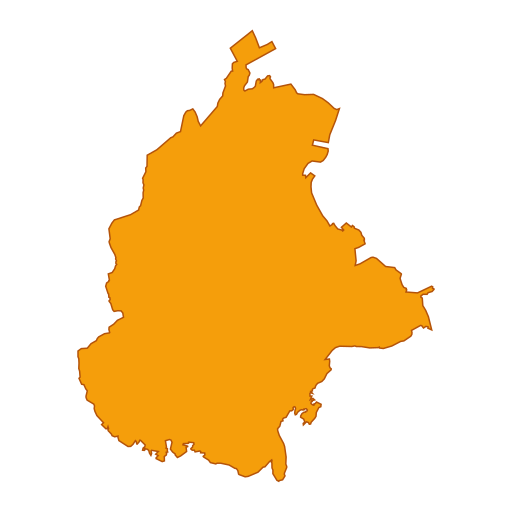 the district of RUS, Salaj, Romania
{"feature_id": "2599482B70770862505186", "entity_name": "RUS", "entity_type": "district", "adm_level": 2, "iso_a3": "ROU", "parent_name": "Romania", "parent_adm1": "Salaj", "projection": "mercator", "projection_center": [23.568, 47.278], "detail": "fine", "context": "isolated", "style": "filled", "palette": "amber", "viewbox_px": 512, "rotation_deg": 0, "n_neighbors": 0, "source": "geoboundaries", "source_scale": "gbopen_adm2", "svg_char_len": 6044}
<svg xmlns="http://www.w3.org/2000/svg" viewBox="0 0 512 512"><path d="M278.8,481.3L279.2,480.6L282.6,479.8L285.0,475.9L284.3,474.2L284.5,472.9L286.7,467.5L286.7,466.4L285.8,464.1L286.1,457.0L284.6,446.5L283.6,443.5L279.3,435.5L277.7,430.7L277.6,428.7L279.8,426.2L281.0,421.5L283.0,420.8L282.6,419.2L283.5,418.1L286.1,417.3L289.8,410.9L291.7,410.8L293.2,409.6L293.1,407.5L294.2,406.7L295.3,407.2L295.6,408.9L295.1,409.9L294.7,413.1L295.3,414.8L296.5,414.3L297.5,412.4L299.9,410.3L301.5,409.7L302.9,410.0L303.5,409.3L304.0,409.8L304.9,408.8L306.3,408.7L307.4,410.0L307.2,410.8L305.6,411.5L305.6,412.1L303.8,412.3L302.0,413.6L300.7,415.9L300.6,417.2L303.7,419.1L304.8,422.1L303.2,423.4L303.4,424.9L306.5,421.8L308.5,422.6L309.3,424.2L310.6,424.0L311.2,422.2L314.7,418.4L316.0,416.3L316.3,412.5L318.8,407.6L320.8,406.7L321.1,404.3L316.5,402.0L315.3,403.5L313.8,404.1L314.1,404.9L313.3,405.2L311.7,404.2L310.9,403.3L311.3,401.7L312.1,401.5L311.9,400.8L314.6,399.9L312.9,398.4L310.3,399.7L311.8,396.1L310.0,396.1L309.9,393.4L310.5,392.7L312.4,393.3L310.8,391.4L312.4,390.9L312.3,389.6L313.0,388.7L315.0,388.0L315.8,385.5L317.6,383.3L321.8,381.5L324.3,378.9L326.9,373.6L331.1,369.8L331.2,368.8L330.0,367.8L329.3,365.8L329.7,361.3L329.4,359.0L325.1,359.5L332.2,350.4L335.5,347.6L339.6,346.2L351.8,346.5L354.9,345.9L356.3,346.5L361.6,346.6L369.7,347.9L378.4,347.6L379.2,347.1L379.5,348.0L383.3,348.5L391.8,346.0L400.7,341.4L403.9,340.9L410.8,336.2L411.8,334.5L412.0,332.7L411.5,330.4L420.6,325.4L421.7,325.7L423.5,328.0L425.9,326.4L427.8,326.7L428.2,327.0L427.9,328.2L431.7,329.9L428.4,316.7L425.7,310.4L422.8,305.6L422.3,298.5L421.9,297.6L421.0,297.4L420.8,296.1L423.0,294.3L427.1,294.3L428.1,292.7L432.1,291.5L434.0,289.4L433.9,288.8L432.5,288.3L432.7,286.8L431.6,286.2L417.5,292.9L406.0,292.0L406.7,289.9L406.2,289.6L406.3,288.4L403.8,287.4L402.1,284.7L400.6,280.2L400.1,278.3L401.4,274.1L401.2,273.7L396.0,269.9L394.7,267.6L385.6,266.5L376.5,258.4L373.0,257.2L371.1,257.5L360.1,263.8L355.2,265.5L356.1,260.8L354.9,248.7L358.7,247.4L365.1,243.8L363.9,240.2L364.4,240.0L364.3,238.3L361.8,235.3L360.9,232.3L358.8,230.0L354.4,228.2L354.1,226.7L352.4,225.5L351.4,227.0L346.3,223.0L341.4,227.3L343.7,230.0L342.7,231.0L341.7,230.0L337.8,229.0L335.0,225.6L333.7,223.3L332.5,223.6L332.4,224.4L329.9,226.0L327.0,220.9L322.7,215.8L316.7,205.1L311.6,192.9L311.0,186.9L311.2,182.4L312.5,179.1L314.8,175.9L310.6,172.9L305.8,177.7L305.5,175.3L302.7,175.2L302.7,173.5L304.2,168.7L308.0,163.4L312.1,161.0L320.5,162.1L323.2,160.5L325.7,157.3L327.2,154.5L328.2,151.1L328.0,148.7L312.4,145.2L313.7,139.9L328.3,142.6L329.8,134.7L335.6,120.4L339.4,108.6L336.8,109.6L334.1,108.4L328.3,102.9L322.5,98.6L313.6,94.4L304.6,94.7L297.8,93.8L296.6,92.8L295.2,89.8L290.9,84.1L273.7,87.8L273.6,84.5L272.9,82.7L270.1,78.8L269.9,77.9L270.5,76.9L269.6,75.6L267.6,75.9L265.0,79.1L262.9,79.6L261.9,81.4L260.3,82.6L260.6,80.0L259.0,79.9L259.1,78.9L257.7,79.2L256.3,81.0L255.3,86.3L254.0,87.6L252.3,88.8L248.3,89.2L244.9,91.0L244.2,90.5L243.8,90.0L243.7,87.9L244.5,85.8L247.4,82.0L248.2,76.7L249.3,75.2L249.9,73.0L248.2,69.6L246.7,68.9L246.1,67.7L246.0,64.9L275.6,48.6L271.9,41.6L267.2,44.5L259.4,47.8L255.7,38.0L252.3,30.7L230.3,48.2L237.3,61.3L233.8,62.4L232.4,63.8L232.2,68.1L232.6,71.1L231.2,71.2L226.3,78.4L224.5,79.5L225.4,81.5L225.0,83.3L225.5,86.0L222.9,93.0L222.7,95.9L219.7,99.3L217.9,103.0L217.3,106.5L200.6,125.9L198.2,121.3L197.2,116.9L195.1,112.0L192.8,108.9L189.7,110.4L187.4,110.7L185.8,112.1L183.8,115.7L180.5,131.6L176.4,133.1L172.9,136.9L170.8,137.7L156.8,149.8L147.2,155.2L147.0,166.4L145.7,168.0L145.9,171.7L142.6,178.3L143.1,179.6L143.0,182.8L143.9,184.9L143.2,188.0L143.7,190.1L143.1,192.7L143.2,198.1L141.9,200.4L140.6,205.7L139.3,207.0L138.6,210.0L130.5,214.7L114.4,219.9L111.9,223.1L108.9,228.8L110.2,238.8L109.1,241.6L109.3,242.8L111.0,247.6L114.8,254.4L115.9,257.7L115.6,258.9L116.5,260.9L115.9,261.8L115.9,263.4L116.7,264.3L115.5,266.0L114.7,268.8L112.2,272.5L108.3,273.9L109.4,280.1L108.8,280.6L108.8,281.4L106.6,283.0L105.7,286.3L108.1,293.6L108.6,293.9L108.9,297.3L109.8,297.6L110.0,298.6L110.1,299.8L109.1,300.6L109.1,301.3L110.8,303.5L112.7,309.8L114.1,311.4L117.9,310.7L121.1,310.9L122.8,313.0L123.5,317.3L117.4,320.3L113.7,324.2L109.1,327.2L108.9,329.4L109.7,332.6L109.4,332.9L104.5,333.7L98.7,336.9L97.3,338.5L96.4,340.6L91.0,343.7L87.3,348.2L81.3,348.6L78.0,351.0L78.0,356.7L78.8,358.8L79.0,363.1L78.8,368.6L79.6,371.1L80.1,377.1L79.0,378.3L81.6,384.2L83.9,384.7L85.8,388.9L87.3,390.8L86.0,396.2L86.1,397.7L87.1,400.1L93.8,404.1L94.5,405.9L94.2,408.6L94.9,411.3L96.9,415.6L103.5,422.7L101.6,424.6L105.9,428.8L107.3,428.6L108.0,426.6L108.6,428.6L108.0,429.8L108.2,430.7L111.4,434.1L112.1,435.7L114.7,436.8L118.0,436.1L117.9,437.0L118.9,440.6L128.0,446.5L130.7,446.4L133.0,444.3L135.4,440.6L136.1,441.3L136.8,444.0L137.2,444.1L139.1,441.9L139.8,440.2L140.5,440.3L145.2,445.0L144.6,447.5L144.2,447.2L143.1,448.1L142.6,450.2L144.3,450.4L144.9,449.8L144.6,448.9L145.3,448.8L147.5,449.3L148.8,450.6L149.5,453.2L150.9,455.4L151.6,453.5L151.1,451.0L151.6,450.3L158.3,451.5L155.7,454.2L158.2,455.6L156.1,457.8L156.1,458.6L162.2,461.6L164.4,460.9L164.3,456.5L166.3,455.0L166.6,453.5L166.2,452.3L167.7,452.0L167.3,450.7L167.4,448.7L166.0,448.1L166.5,447.2L165.4,440.7L169.5,439.5L171.0,440.1L172.0,442.3L170.4,449.1L172.6,452.0L175.2,454.0L175.2,454.9L177.4,457.5L180.7,455.9L186.6,451.5L186.1,447.3L187.7,446.6L187.6,446.1L182.9,444.8L183.4,443.6L187.9,443.4L188.6,443.1L188.5,442.3L188.9,442.1L193.7,442.7L194.0,444.3L192.7,445.6L192.5,447.2L190.9,448.5L191.0,449.3L192.3,450.2L194.4,450.2L195.1,451.9L199.8,451.0L200.7,451.6L200.6,452.8L204.7,453.0L204.9,454.9L203.2,456.3L203.5,456.9L208.6,460.1L210.4,462.6L215.8,463.9L217.1,463.2L220.7,463.2L229.1,465.0L234.8,468.3L236.4,468.6L237.8,470.5L238.6,474.1L239.2,474.6L245.1,476.8L248.1,476.4L258.0,472.2L263.0,467.2L265.0,466.8L269.4,461.7L271.7,459.9L272.0,460.9L271.3,462.1L271.9,462.9L272.0,467.9L272.9,470.0L272.9,473.7L276.9,480.3L278.8,481.3Z" fill="#f59e0b" stroke="#b45309" stroke-width="1.5"/></svg>